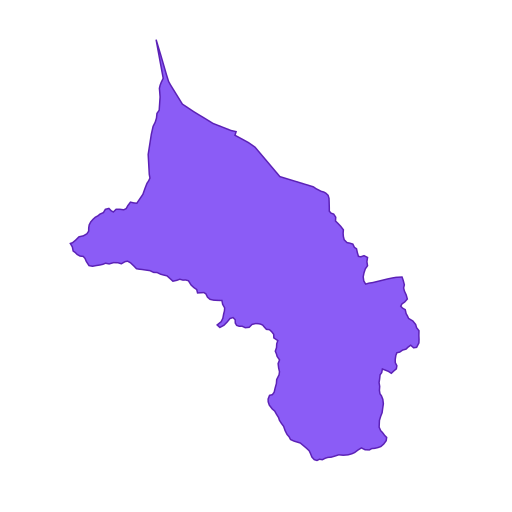 Cícero Dantas, Bahia, Brazil (Robinson projection), rotated 197°
{"feature_id": "56859067B8111110318306", "entity_name": "Cícero Dantas", "entity_type": "district", "adm_level": 2, "iso_a3": "BRA", "parent_name": "Brazil", "parent_adm1": "Bahia", "projection": "robinson", "projection_center": [-38.461, -10.521], "detail": "fine", "context": "isolated", "style": "filled", "palette": "violet", "viewbox_px": 512, "rotation_deg": 197, "n_neighbors": 0, "source": "geoboundaries", "source_scale": "gbopen_adm2", "svg_char_len": 3825}
<svg xmlns="http://www.w3.org/2000/svg" viewBox="0 0 512 512"><g transform="rotate(197 256 256)"><path d="M273.0,178.7L269.7,177.1L266.4,180.4L264.4,184.2L262.6,188.6L260.0,190.4L257.3,189.0L256.2,185.8L254.2,184.0L251.5,183.9L248.8,184.8L245.3,184.3L241.7,185.8L239.8,189.4L236.8,191.2L234.3,191.9L231.9,192.2L229.4,191.9L227.3,190.5L224.6,188.9L221.6,189.5L218.9,188.2L216.2,186.3L215.0,182.9L210.4,181.5L210.5,178.1L209.6,174.4L209.7,170.6L207.8,168.3L206.4,166.1L203.1,163.5L203.4,159.6L201.6,155.5L199.7,152.2L199.2,149.2L200.1,143.9L199.2,140.0L199.1,135.5L198.8,131.0L199.8,128.2L202.3,126.7L202.6,122.8L201.7,120.1L199.7,117.3L195.8,114.5L192.8,113.2L190.1,110.6L187.2,108.1L185.6,105.8L182.7,103.3L179.8,101.2L177.1,97.5L174.1,94.4L171.5,92.8L169.3,90.6L165.5,90.1L162.2,90.1L158.9,90.1L154.9,88.4L151.6,87.0L148.2,85.3L146.1,83.0L143.8,80.1L140.8,78.3L137.9,78.3L135.9,80.2L133.0,80.6L130.6,82.9L128.4,84.4L125.3,85.6L121.8,87.9L118.7,90.1L114.3,91.0L109.8,92.8L106.5,94.9L104.2,96.9L101.8,100.2L99.1,103.3L95.1,102.6L90.9,103.7L89.0,105.7L86.4,106.7L83.3,108.5L80.9,110.3L78.9,113.5L77.5,117.4L78.0,120.7L80.5,122.0L83.5,124.2L85.7,125.4L88.2,128.3L89.1,131.8L89.9,134.9L89.9,139.3L89.6,143.0L90.3,147.3L91.0,151.9L92.8,156.0L95.2,159.0L97.2,160.5L98.7,163.6L99.6,167.5L101.3,170.9L101.8,174.4L102.6,178.7L101.7,181.2L102.1,184.9L95.7,184.4L92.3,183.4L90.6,186.4L88.8,189.1L89.2,192.2L91.6,194.7L92.6,197.7L93.2,201.8L93.0,204.7L90.5,206.1L88.3,208.9L85.3,210.8L84.0,213.2L82.0,215.9L78.4,214.3L75.7,215.6L74.8,220.5L75.7,223.9L77.0,227.6L78.3,232.2L81.5,234.4L83.3,237.2L87.0,239.7L91.8,240.9L93.7,243.0L95.6,244.8L97.6,248.3L100.6,249.0L102.9,250.3L102.4,252.9L100.4,255.4L98.7,259.1L101.0,262.7L103.7,265.7L105.5,268.6L105.7,271.8L108.0,275.6L110.2,278.6L115.9,276.5L118.9,275.0L123.3,272.6L136.6,264.7L140.0,263.1L142.9,261.2L145.6,263.6L147.4,267.4L147.8,271.4L147.7,275.7L146.5,279.3L148.3,283.0L148.9,287.2L152.8,287.9L155.5,285.9L157.9,285.6L160.1,288.9L162.0,292.3L164.4,293.0L166.9,295.7L170.2,295.7L172.9,295.4L176.4,297.3L178.1,300.1L179.3,303.1L180.1,306.6L183.6,309.1L187.1,311.1L190.2,312.7L191.1,316.4L194.0,318.8L196.7,318.9L199.0,320.3L200.0,323.5L201.8,328.9L203.0,332.4L204.8,335.1L207.6,336.5L209.9,337.0L212.7,336.9L215.2,337.4L218.2,337.9L221.3,338.9L248.0,338.9L251.5,338.9L256.4,338.9L288.8,359.8L296.2,362.2L311.4,365.3L311.4,369.1L316.7,368.7L335.9,370.2L346.2,372.9L351.5,374.2L357.7,375.8L370.8,379.7L387.9,394.7L390.6,397.3L394.7,403.3L405.7,420.1L414.8,433.7L396.7,398.8L397.4,394.3L397.6,391.3L397.4,388.1L395.9,384.4L394.2,380.0L391.2,367.1L392.4,363.4L391.5,358.8L391.5,354.5L392.3,349.9L391.7,341.9L388.8,321.6L381.9,302.8L380.2,299.5L380.6,296.7L381.5,293.6L381.9,288.6L382.2,281.9L385.4,271.6L388.7,271.0L391.8,270.8L393.3,266.7L394.0,263.4L396.0,261.5L399.7,260.9L403.4,259.8L405.3,256.4L407.7,256.9L410.6,258.5L413.7,256.6L414.6,252.9L417.5,250.4L418.9,248.2L421.0,246.1L422.6,243.4L424.0,240.3L424.6,237.0L424.2,234.0L423.3,230.8L424.2,227.8L427.0,224.8L430.9,222.6L433.2,218.3L435.3,215.1L437.2,213.7L434.3,211.0L432.3,207.3L429.9,206.5L427.5,205.2L424.3,204.5L421.1,205.1L418.8,203.7L416.7,201.2L412.9,198.0L409.3,198.4L406.3,200.0L402.6,201.8L400.0,203.3L397.8,205.1L394.1,205.5L390.3,208.0L386.0,209.2L382.5,209.2L379.6,212.3L377.3,213.5L374.0,212.8L369.8,210.7L366.6,208.9L364.1,209.2L361.0,209.8L357.6,210.3L353.1,211.0L349.1,210.4L345.7,211.3L341.9,210.7L338.6,210.8L335.3,211.0L331.4,209.2L328.1,207.6L324.6,209.6L322.1,211.5L318.8,211.6L316.3,212.5L313.4,212.6L309.5,209.2L306.1,207.6L302.9,206.6L301.1,203.6L298.1,204.7L295.1,205.8L292.8,205.1L290.4,202.5L287.3,201.1L283.6,201.4L280.7,202.1L278.0,202.8L275.6,203.5L273.8,200.1L270.8,197.2L270.1,194.1L270.0,191.3L269.5,186.7L270.1,183.0L273.0,178.7Z" fill="#8b5cf6" stroke="#5b21b6" stroke-width="1.5"/></g></svg>